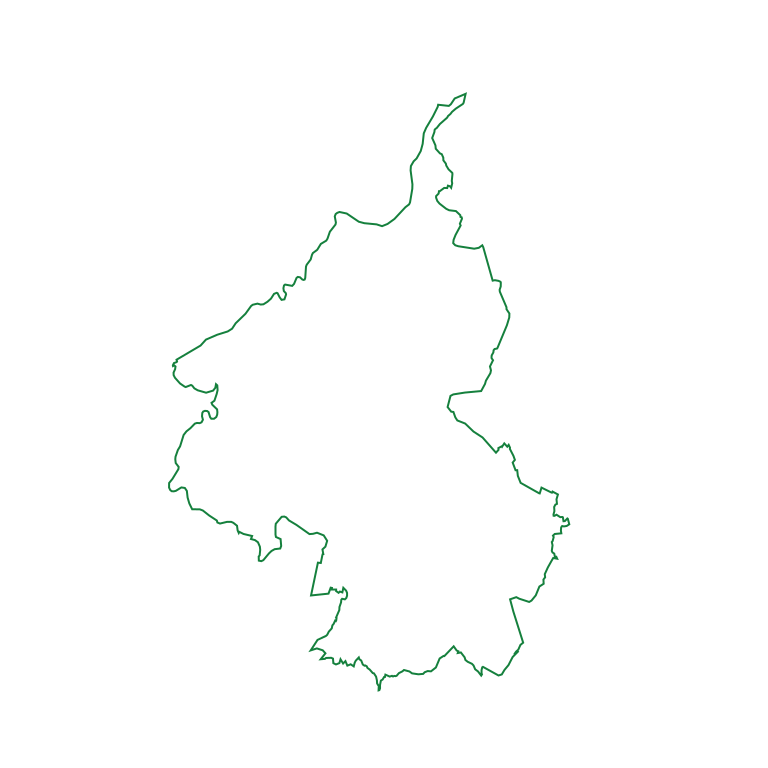 outline of Ixmatlahuacan, Veracruz, Mexico, rotated 12°
{"feature_id": "50627088B11055849709035", "entity_name": "Ixmatlahuacan", "entity_type": "district", "adm_level": 2, "iso_a3": "MEX", "parent_name": "Mexico", "parent_adm1": "Veracruz", "projection": "equal_earth", "projection_center": [-95.886, 18.498], "detail": "fine", "context": "isolated", "style": "outline", "palette": "green", "viewbox_px": 768, "rotation_deg": 12, "n_neighbors": 0, "source": "geoboundaries", "source_scale": "gbopen_adm2", "svg_char_len": 6156}
<svg xmlns="http://www.w3.org/2000/svg" viewBox="0 0 768 768"><g transform="rotate(12 384 384)"><path d="M403.5,83.2L393.8,90.0L391.2,96.5L389.6,98.5L378.9,99.6L378.9,101.8L376.2,112.2L372.0,124.6L370.8,130.5L371.9,141.1L371.5,148.5L369.0,156.6L366.7,160.0L365.0,165.2L365.6,169.5L370.3,182.8L371.1,187.3L371.7,201.0L371.2,203.1L368.2,206.6L359.9,220.4L354.2,226.7L349.3,230.0L343.6,229.4L331.3,230.8L325.6,230.5L312.1,225.0L304.7,225.0L302.7,226.3L301.4,227.8L301.0,230.3L303.4,236.1L303.4,238.1L299.4,246.3L298.5,253.6L297.7,255.8L293.1,260.1L290.8,266.6L287.2,270.7L286.7,272.6L286.4,277.4L283.6,283.4L283.3,285.4L284.9,296.6L284.7,298.3L283.8,298.9L282.4,298.8L279.7,297.1L277.4,297.2L276.4,298.4L275.2,304.8L273.8,307.1L266.6,307.3L265.7,308.4L265.7,311.2L266.7,313.9L269.1,315.6L269.6,316.8L269.0,321.9L266.3,323.0L263.9,320.9L261.0,317.3L260.1,317.1L257.7,318.7L255.7,324.0L252.9,327.8L249.5,331.1L246.9,331.9L243.5,331.7L239.1,333.8L237.8,335.3L233.9,344.1L226.3,355.4L223.9,361.5L220.2,365.1L210.6,370.5L200.6,377.6L196.6,384.5L176.0,403.4L176.9,404.9L176.6,405.7L174.2,407.2L173.6,409.6L173.9,410.3L174.9,409.4L176.4,410.2L176.6,412.9L175.8,416.6L176.4,419.1L178.3,421.4L184.4,425.9L189.5,428.0L190.7,428.2L195.4,425.1L196.8,425.5L199.4,427.7L203.1,428.9L211.8,429.5L218.2,426.0L219.8,422.8L219.7,419.1L221.2,420.0L222.5,424.6L222.4,428.6L221.6,435.6L219.2,438.3L220.4,440.0L226.0,443.5L226.9,446.2L227.2,448.7L226.8,451.2L225.0,453.3L222.3,453.9L220.8,452.6L218.2,447.9L216.6,447.2L214.4,447.5L212.9,448.5L212.3,450.0L212.7,453.4L214.3,456.6L213.5,459.4L211.9,460.6L209.1,461.0L207.2,462.1L203.8,467.5L200.6,471.4L198.6,475.5L197.5,487.4L196.1,491.4L195.2,498.5L195.5,501.0L196.7,504.6L200.4,507.8L200.6,510.0L196.8,520.8L194.4,525.5L195.3,530.0L196.9,532.1L198.6,533.0L200.7,532.7L202.6,531.8L207.3,527.3L210.8,527.1L213.4,529.6L215.5,535.9L218.4,541.3L222.4,546.4L229.9,544.9L233.1,545.4L240.4,549.0L248.9,552.3L249.8,554.1L252.6,554.6L259.1,551.5L263.2,550.6L265.5,551.1L269.7,553.2L271.3,557.7L272.9,559.9L273.2,558.7L277.8,559.9L286.6,560.1L286.1,563.3L290.2,563.5L293.6,565.0L296.4,568.9L297.4,572.0L298.0,577.5L297.3,578.8L298.3,582.8L300.8,582.8L302.6,581.4L306.7,573.6L308.7,570.7L311.4,568.3L316.7,566.5L317.1,563.8L315.1,557.2L310.1,556.1L309.2,553.9L307.5,546.0L307.2,543.2L311.5,535.2L314.0,534.4L316.1,534.8L319.4,537.2L327.6,540.0L342.3,546.3L345.7,545.3L349.4,543.4L356.5,544.6L361.0,549.2L360.5,555.3L358.2,558.6L360.0,563.0L359.4,563.2L359.3,564.2L359.4,572.2L356.5,572.5L356.6,606.0L373.3,600.6L374.2,594.3L375.5,594.3L375.6,595.9L379.9,595.0L380.2,596.5L383.0,597.7L384.0,596.2L386.6,596.5L386.6,591.8L389.9,594.0L391.3,596.0L391.9,598.8L391.6,601.2L390.5,602.8L387.7,602.8L387.1,603.9L387.4,606.6L386.8,611.4L387.3,614.4L385.7,622.4L386.2,622.6L386.4,625.2L386.2,625.9L385.4,625.6L384.6,629.2L383.7,630.8L383.7,633.9L381.5,637.7L380.6,641.1L379.7,642.4L372.2,648.1L367.7,659.8L373.3,656.6L379.4,657.2L382.7,659.6L379.3,666.4L383.4,665.1L384.3,664.0L389.3,662.8L391.2,663.2L392.5,667.6L395.3,668.3L398.4,666.3L398.7,662.3L402.1,665.9L403.9,663.1L406.7,667.1L409.7,665.1L413.1,666.5L413.3,662.6L413.9,660.5L416.2,656.7L417.2,658.4L419.2,659.2L421.6,662.8L423.5,663.6L424.2,663.2L425.8,663.7L426.9,665.2L429.4,666.3L433.1,669.1L434.3,669.1L437.1,671.9L438.7,675.4L439.5,678.3L442.1,681.1L441.9,681.8L442.4,684.8L443.1,684.4L443.4,682.5L442.7,679.3L442.6,674.8L444.1,673.3L445.0,670.6L445.8,670.4L445.8,668.0L450.4,669.0L452.5,667.8L453.6,668.2L454.7,667.4L455.9,667.4L457.0,666.8L458.7,663.7L461.7,661.3L463.0,659.6L468.7,659.9L471.6,661.2L478.0,660.8L482.6,659.4L483.7,657.5L486.4,655.7L489.7,655.3L493.7,650.5L495.5,640.9L498.8,637.6L499.6,637.6L506.7,626.1L510.5,629.6L512.3,630.0L512.1,631.8L515.0,630.6L519.7,634.6L521.0,637.0L523.6,638.3L528.2,639.4L530.1,640.7L532.5,644.1L535.7,645.6L539.7,649.0L540.2,647.6L539.6,646.8L538.9,643.6L539.0,640.7L539.6,640.1L556.6,645.3L559.6,643.6L561.3,638.6L564.2,633.1L566.6,624.3L570.6,618.0L570.1,617.7L568.1,621.1L567.8,620.8L568.8,618.4L570.6,615.9L571.7,610.8L573.9,608.1L557.9,579.8L552.1,568.4L557.7,565.0L561.0,565.9L571.3,567.0L573.3,565.2L576.4,559.2L578.1,549.8L581.7,546.2L580.6,542.1L581.8,539.6L580.8,536.6L582.4,529.4L584.7,522.0L585.7,519.0L589.7,518.9L588.4,517.1L587.0,517.3L585.8,514.5L583.8,513.7L582.8,512.3L582.4,506.7L581.0,503.7L581.6,502.5L581.8,498.4L580.8,497.2L582.2,495.2L588.5,493.2L587.5,490.6L587.1,487.4L587.8,485.9L589.6,485.9L592.2,484.9L594.4,482.7L591.8,477.6L591.3,477.4L589.4,480.5L588.1,480.9L586.7,477.2L586.1,477.0L584.1,477.6L579.9,476.0L578.2,477.5L577.3,477.6L576.9,476.4L577.1,472.9L576.0,468.9L576.7,466.4L578.1,465.3L576.7,460.9L577.1,455.9L571.3,454.2L571.2,455.2L570.5,455.4L559.6,452.6L559.0,459.6L559.0,458.8L538.2,452.3L534.0,446.0L532.2,440.6L530.6,441.0L526.2,434.1L527.8,431.0L525.5,427.3L520.6,421.3L520.5,420.1L518.6,417.6L517.6,419.7L514.0,417.1L512.6,420.7L512.3,420.3L509.2,422.9L509.7,424.6L507.8,427.9L491.5,415.8L481.4,411.9L471.6,405.8L463.3,404.4L460.7,401.8L457.7,396.9L455.5,397.1L451.0,393.3L451.5,381.8L453.9,379.8L464.8,375.6L480.5,370.7L482.8,362.9L483.0,359.6L485.8,351.3L485.8,348.4L484.0,344.8L485.7,338.1L483.9,336.4L483.6,335.4L483.4,333.6L484.4,330.4L484.2,328.2L484.9,326.8L487.2,325.8L487.5,325.1L492.0,301.0L492.7,292.9L492.0,289.0L488.3,285.4L487.8,283.4L478.1,269.6L477.5,267.8L477.9,264.4L477.2,260.6L476.7,259.8L474.6,259.3L470.9,259.4L468.8,260.3L452.6,229.5L451.3,227.9L448.4,231.1L444.1,232.9L428.1,233.8L424.9,233.5L423.2,232.4L422.4,231.8L422.1,228.5L423.0,223.3L426.0,213.0L424.9,211.5L425.9,206.1L425.3,204.8L424.1,204.7L423.5,203.0L418.4,199.9L411.6,200.5L408.4,199.7L400.8,196.0L398.1,193.9L396.2,190.9L395.9,189.4L397.8,186.4L397.7,184.0L398.4,183.9L402.1,179.7L405.1,179.2L405.3,176.7L407.5,176.9L408.9,178.1L409.0,173.5L408.1,171.3L407.3,164.4L406.9,163.3L402.5,160.6L399.5,157.4L398.7,155.6L395.6,152.9L394.9,150.2L392.7,147.2L390.8,146.8L385.7,143.1L384.7,139.9L380.0,133.4L380.9,127.1L380.7,124.8L381.3,123.7L382.3,122.7L384.6,118.1L390.4,110.3L390.9,108.6L392.8,106.1L394.0,103.6L397.0,99.7L402.9,93.7L403.4,92.4L403.5,83.2Z" fill="none" stroke="#15803d" stroke-width="2"/></g></svg>